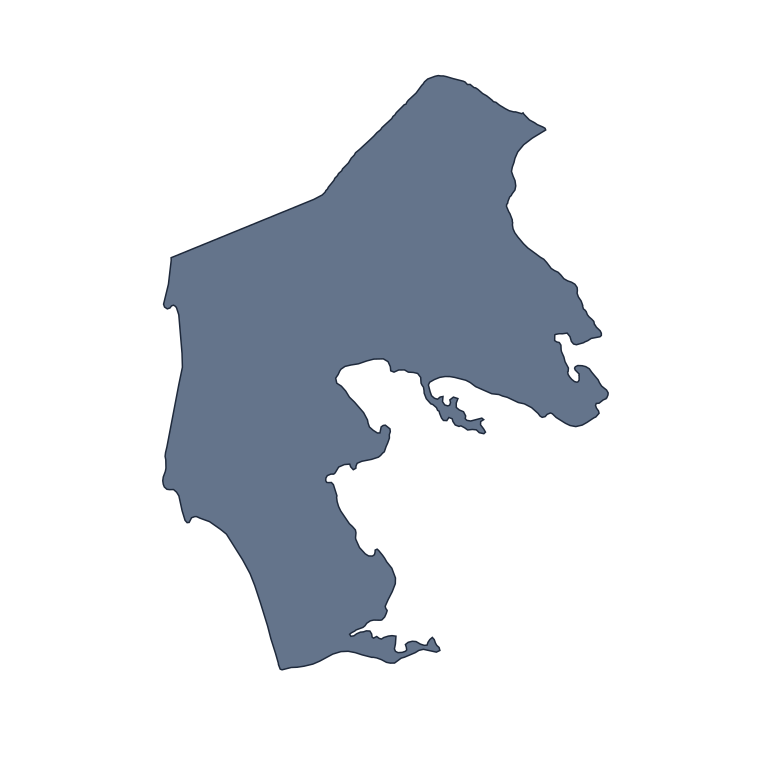 Cidade De Inhambane, Inhambane, Mozambique (Mercator projection), rotated 159°
{"feature_id": "85939544B19302565001464", "entity_name": "Cidade De Inhambane", "entity_type": "district", "adm_level": 2, "iso_a3": "MOZ", "parent_name": "Mozambique", "parent_adm1": "Inhambane", "projection": "mercator", "projection_center": [35.448, -23.874], "detail": "fine", "context": "isolated", "style": "filled", "palette": "slate", "viewbox_px": 768, "rotation_deg": 159, "n_neighbors": 0, "source": "geoboundaries", "source_scale": "gbopen_adm2", "svg_char_len": 6171}
<svg xmlns="http://www.w3.org/2000/svg" viewBox="0 0 768 768"><g transform="rotate(159 384 384)"><path d="M157.0,587.3L158.5,587.0L163.5,590.8L165.3,591.5L169.2,594.3L172.1,597.6L176.3,603.0L178.5,606.8L180.7,608.4L181.3,610.1L184.9,616.3L187.8,619.8L190.8,625.5L192.3,627.6L193.8,628.5L196.2,632.8L198.8,633.7L200.1,636.9L201.5,638.3L210.1,644.4L215.7,648.7L218.3,650.4L220.5,651.2L222.8,652.5L226.1,653.0L233.9,653.1L237.9,651.6L240.1,650.0L241.7,649.3L249.8,644.1L259.6,640.2L261.7,638.9L263.2,637.4L265.0,637.5L275.3,632.9L277.4,631.3L279.7,630.6L281.6,629.0L294.0,624.1L296.1,622.6L300.5,621.2L304.6,619.1L310.1,616.8L323.2,611.6L327.7,610.1L329.8,608.3L333.6,606.6L338.0,603.1L345.6,599.7L347.1,598.2L351.0,596.8L352.8,595.2L356.2,593.7L357.7,592.1L365.4,587.7L367.0,586.2L368.8,585.5L370.4,584.1L374.0,582.6L383.4,581.5L537.5,578.2L538.4,575.6L549.5,554.4L561.2,537.5L561.3,534.5L559.4,531.8L556.5,531.7L554.4,533.1L552.2,533.0L550.8,531.1L550.4,529.4L550.8,522.1L561.6,484.9L566.2,471.9L575.7,457.1L609.2,403.1L612.5,398.3L614.3,394.9L614.9,391.4L617.7,383.6L619.5,380.7L623.4,376.3L625.2,373.0L626.0,369.5L626.0,366.6L624.4,363.5L622.0,362.2L618.3,360.9L616.4,357.3L615.6,353.0L617.9,338.0L618.6,328.0L617.5,325.1L615.5,324.6L611.6,328.1L608.1,328.0L606.4,327.3L603.9,324.7L596.2,318.0L588.8,307.0L584.9,300.3L579.0,270.5L577.0,254.9L576.9,242.2L577.8,223.7L579.4,199.8L580.9,186.7L581.8,171.4L582.7,161.3L583.1,159.8L583.1,155.0L581.6,153.7L572.2,152.6L566.6,150.7L559.8,149.2L550.7,148.0L543.3,148.3L528.6,150.2L520.1,149.6L513.2,147.3L507.1,143.5L501.4,138.9L493.1,133.0L492.3,132.9L489.0,130.9L485.2,127.6L481.5,123.3L478.2,121.2L474.1,119.7L466.2,121.9L462.8,121.6L451.0,122.0L446.9,122.8L442.3,122.2L431.2,114.9L427.3,115.2L427.0,118.3L428.4,121.0L428.8,123.6L428.7,127.4L429.7,130.1L432.8,129.0L435.5,127.1L437.4,124.8L440.1,125.6L443.2,128.1L446.4,132.1L449.8,133.7L454.0,134.2L457.4,133.1L457.5,130.3L458.1,127.6L459.7,126.8L463.1,126.9L467.2,128.2L469.1,130.3L469.2,133.0L466.5,137.2L463.2,144.3L466.7,146.2L470.3,147.1L475.1,147.4L477.8,146.8L479.7,148.3L481.3,150.9L484.9,150.5L485.8,152.0L485.1,155.1L485.7,158.4L489.0,159.9L492.1,160.0L495.0,160.8L499.1,160.6L502.3,159.7L505.3,160.3L505.8,162.7L503.6,163.4L500.0,163.8L498.1,164.4L490.9,164.3L488.4,165.1L485.9,166.8L481.6,167.8L478.2,167.3L472.1,164.8L470.6,164.5L466.9,166.2L464.1,169.0L462.4,171.1L462.2,171.6L462.8,173.9L462.5,176.1L457.4,181.2L450.7,187.2L445.0,193.5L442.8,198.8L442.7,209.2L445.2,217.0L445.8,221.0L446.7,224.6L448.7,230.6L449.6,232.3L451.8,232.1L452.6,230.2L454.1,228.1L456.5,227.5L460.0,229.0L462.4,232.2L465.5,240.1L466.0,249.2L465.7,250.6L463.5,255.1L463.0,258.0L464.6,262.4L466.4,266.0L469.9,280.9L470.3,285.8L469.9,290.9L468.9,295.1L468.0,296.5L467.3,308.2L468.4,310.9L471.3,311.9L472.8,312.7L473.0,314.8L471.9,317.1L469.7,318.8L465.9,318.9L463.2,317.9L461.5,318.5L456.1,322.7L449.9,323.0L444.7,321.5L444.8,318.6L443.4,315.0L440.5,315.4L439.5,317.5L437.5,319.6L432.4,319.8L422.7,318.1L415.4,317.7L412.8,318.5L410.2,319.9L408.0,320.6L404.5,324.8L401.7,327.6L398.3,331.6L397.2,334.8L395.2,337.2L394.5,340.0L397.5,345.1L399.6,345.6L402.0,345.0L405.3,339.8L407.7,340.6L410.7,344.7L413.0,349.1L412.9,353.1L412.3,356.4L413.3,364.6L418.0,377.6L421.0,384.1L422.3,391.2L424.6,397.3L427.8,401.7L427.0,406.8L423.5,409.2L420.4,412.2L418.7,413.3L414.1,414.4L408.1,413.6L400.6,412.0L391.8,411.7L384.6,410.9L375.6,407.7L372.2,403.4L371.9,397.9L373.0,393.9L370.4,391.5L365.3,391.8L359.8,389.8L357.1,386.4L352.5,384.3L348.8,381.8L347.4,377.0L349.1,371.5L348.9,369.2L348.3,366.9L349.0,363.5L349.8,361.0L349.8,355.1L347.4,348.7L345.8,347.4L343.5,343.1L343.4,340.2L342.3,338.8L342.6,336.7L342.5,331.6L341.6,328.7L338.5,327.3L335.4,329.5L332.8,327.1L333.1,324.3L332.2,320.2L329.2,317.5L327.2,317.4L324.5,314.3L322.4,311.1L317.8,309.9L314.2,308.1L312.5,304.4L308.6,301.8L306.5,302.7L307.1,306.5L308.5,311.3L307.2,314.3L303.7,315.0L304.9,317.1L316.4,318.4L319.7,320.4L320.6,322.5L319.2,324.9L319.7,329.6L323.0,332.8L324.9,336.2L323.4,340.3L320.2,343.9L323.9,346.9L328.2,345.6L328.6,342.7L330.3,340.7L332.3,340.7L334.8,342.7L335.7,346.5L333.4,351.2L336.3,351.7L339.5,350.6L342.0,352.6L343.8,356.0L343.7,360.3L342.9,367.2L340.7,369.3L335.4,370.1L329.6,370.2L324.3,369.1L319.8,367.3L315.6,364.8L306.3,358.2L303.0,354.5L299.4,348.7L286.9,336.3L280.5,333.0L277.7,330.3L273.7,327.4L265.3,318.6L260.1,315.2L254.7,309.1L250.7,301.3L249.8,298.1L248.3,296.2L245.2,295.8L242.6,297.2L239.0,297.3L237.5,295.9L235.3,291.1L228.7,282.3L225.2,278.6L220.2,275.5L213.6,274.6L208.2,275.4L200.2,277.2L198.1,277.3L193.7,279.6L193.4,282.0L194.3,285.3L194.2,288.2L192.8,289.8L190.1,289.0L185.0,290.6L181.9,290.7L181.6,291.2L181.0,291.2L178.8,293.5L177.9,295.4L178.4,298.6L181.6,304.1L182.4,308.0L182.6,311.1L185.8,320.4L186.9,324.7L189.4,327.9L192.5,330.1L196.5,331.8L199.2,331.5L200.4,330.5L200.5,328.6L198.2,323.3L198.9,322.3L198.9,321.7L200.5,317.6L202.2,316.5L203.2,316.5L205.3,318.0L207.1,321.1L208.1,324.0L208.7,326.9L208.2,329.5L207.6,329.7L206.1,332.8L207.0,340.0L206.4,344.7L206.7,350.6L206.4,352.4L204.9,356.9L205.5,359.9L207.7,361.4L209.1,363.4L207.0,368.6L206.0,368.8L202.5,368.2L199.3,366.9L194.8,365.9L193.4,361.6L193.8,356.6L192.7,353.4L190.3,351.7L182.7,351.0L181.8,351.3L178.3,351.4L174.2,352.3L165.4,350.7L163.7,351.4L162.9,353.5L163.1,356.1L165.4,361.0L165.8,363.5L166.2,364.0L165.7,367.2L166.8,370.0L168.5,373.2L169.3,375.8L169.3,379.2L170.0,381.3L170.9,382.5L170.7,385.7L170.4,385.8L170.3,386.3L170.2,390.8L171.3,395.6L171.2,399.5L169.9,402.1L169.1,404.9L170.0,408.7L172.4,411.8L175.6,414.5L178.4,417.9L179.8,422.3L181.4,425.9L184.2,428.8L186.5,432.0L188.5,439.0L190.1,443.2L192.5,446.2L201.0,459.5L203.5,465.0L206.4,473.4L207.7,478.4L207.9,482.7L207.1,486.5L206.0,488.7L206.0,489.7L205.4,491.3L205.4,497.9L205.8,500.0L206.0,505.9L205.2,507.6L203.7,508.5L202.9,510.0L199.6,513.6L197.7,514.3L196.3,515.6L192.2,518.2L190.0,521.7L188.8,526.9L189.0,531.8L188.8,536.8L186.4,540.6L183.2,544.3L180.9,547.7L176.0,552.7L167.9,557.3L157.4,560.4L142.0,563.2L142.0,565.0L143.6,567.0L148.0,571.3L149.6,573.7L153.6,578.4L156.7,585.7L157.0,587.3Z" fill="#64748b" stroke="#1e293b" stroke-width="1.5"/></g></svg>